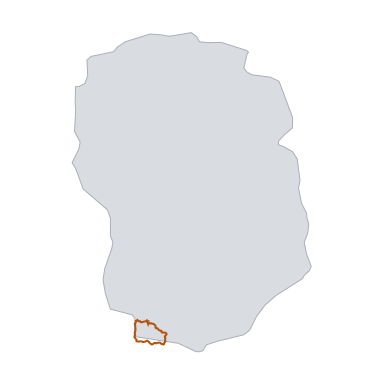 Novo Selo, Novo Selo, North Macedonia (highlighted), rotated 95°
{"feature_id": "65306769B50594974244279", "entity_name": "Novo Selo", "entity_type": "district", "adm_level": 2, "iso_a3": "MKD", "parent_name": "North Macedonia", "parent_adm1": "Novo Selo", "projection": "mercator", "projection_center": [22.902, 41.433], "detail": "fine", "context": "in_parent", "style": "outline", "palette": "amber", "viewbox_px": 384, "rotation_deg": 95, "n_neighbors": 0, "source": "geoboundaries", "source_scale": "gbopen_adm2", "svg_char_len": 2618}
<svg xmlns="http://www.w3.org/2000/svg" viewBox="0 0 384 384"><g transform="rotate(95 192 192)"><path d="M171.6,85.4L178.5,86.3L193.5,82.0L202.9,76.1L207.6,75.2L214.0,72.9L223.1,73.2L232.3,75.8L244.1,72.4L255.6,66.8L260.2,68.2L265.2,73.0L268.6,74.3L287.7,99.2L298.2,109.3L310.5,116.9L324.6,122.5L329.7,127.9L338.7,154.3L343.0,164.3L349.0,167.3L350.4,170.2L350.7,174.0L343.9,192.5L341.2,233.8L339.5,237.1L332.5,236.9L323.1,237.8L319.6,241.0L315.8,263.1L300.8,269.4L287.1,273.0L275.6,272.2L255.4,267.0L248.8,266.4L243.1,269.4L225.0,271.0L217.1,274.8L198.5,300.7L179.6,309.5L173.2,314.0L158.8,308.3L151.9,307.8L141.9,314.3L120.1,315.0L114.2,316.1L97.3,317.2L96.6,313.6L93.5,308.4L85.7,306.0L69.6,308.1L65.7,304.3L59.1,282.4L53.9,278.8L48.1,271.5L38.3,247.6L38.1,237.1L38.8,228.0L33.3,206.5L36.7,201.0L41.7,197.6L41.8,188.9L40.4,175.7L46.3,149.8L47.9,147.9L49.5,149.1L63.9,151.2L67.6,147.9L70.0,142.8L70.8,123.7L74.2,114.9L109.2,98.2L119.4,97.6L127.3,105.3L133.6,110.2L137.3,110.0L138.7,105.1L142.9,95.5L150.1,90.0L171.4,85.4L171.6,85.4Z" fill="#d9dde1" stroke="#a8b0b8" stroke-width="1"/><path d="M334.5,206.1L334.5,209.9L333.8,210.3L333.2,210.2L332.9,210.7L332.5,213.0L330.7,214.6L330.8,216.0L330.2,216.6L328.3,216.7L326.8,218.7L326.4,221.2L326.7,221.6L326.1,223.0L326.7,223.4L326.7,224.2L327.3,224.3L325.4,225.2L324.6,224.7L324.7,225.6L324.0,225.9L324.9,226.6L325.1,228.1L326.2,230.7L325.9,231.1L326.0,231.7L325.2,232.4L325.5,233.8L324.2,235.3L325.0,235.9L325.4,236.7L325.8,236.4L327.2,236.8L327.3,237.0L327.5,237.2L327.9,237.4L328.0,237.4L328.6,237.4L329.2,237.1L330.1,236.9L331.1,236.8L331.9,236.7L332.8,236.5L333.0,236.4L333.9,236.3L335.3,236.4L335.8,236.4L336.3,236.5L336.7,236.7L337.1,236.8L337.7,236.7L338.0,236.6L338.6,236.3L338.9,236.3L339.2,236.2L339.5,236.3L339.8,236.4L340.3,236.6L340.6,236.7L341.0,236.7L341.1,236.3L341.6,236.3L341.9,236.4L342.1,236.3L342.3,236.1L342.7,235.7L343.3,235.1L344.1,234.4L345.3,234.4L345.5,234.1L345.7,233.6L345.6,232.3L345.5,231.8L345.4,230.8L345.2,230.0L345.4,228.8L345.5,228.2L345.8,227.7L345.7,227.1L345.2,225.9L344.7,224.8L344.4,224.5L344.0,223.6L344.5,222.7L344.8,222.3L345.2,221.7L345.4,221.5L345.8,221.4L346.5,220.5L346.8,219.8L347.2,219.2L347.4,218.8L347.2,218.0L347.1,217.8L346.7,217.4L345.8,216.5L345.5,215.8L345.5,215.3L345.8,214.9L345.9,214.3L345.5,213.7L345.2,213.2L345.1,212.2L345.0,211.7L344.8,211.1L344.8,210.8L345.1,210.3L345.7,209.8L346.2,208.5L346.4,207.5L346.4,207.2L346.0,206.7L345.5,207.0L343.2,205.4L342.1,205.9L339.8,205.9L339.6,206.2L338.7,206.1L338.1,206.5L336.1,204.9L335.0,205.3L334.5,206.1Z" fill="none" stroke="#b45309" stroke-width="2"/></g></svg>